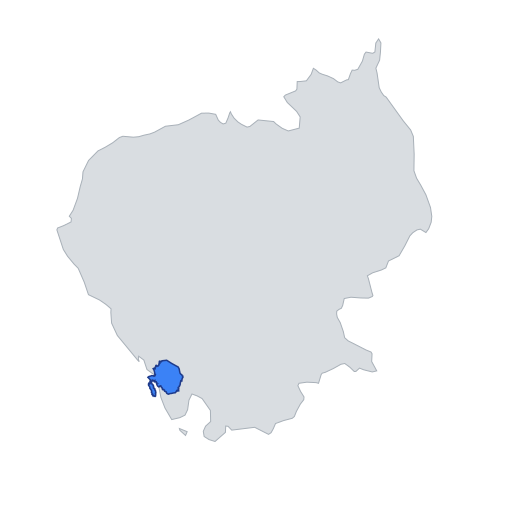 Kaoh Kong, Kaôh Kong, Cambodia (highlighted), rotated 344°
{"feature_id": "14789045B37744308574617", "entity_name": "Kaoh Kong", "entity_type": "district", "adm_level": 2, "iso_a3": "KHM", "parent_name": "Cambodia", "parent_adm1": "Kaôh Kong", "projection": "natural_earth1", "projection_center": [103.11, 11.431], "detail": "fine", "context": "in_parent", "style": "filled", "palette": "blue", "viewbox_px": 512, "rotation_deg": 344, "n_neighbors": 0, "source": "geoboundaries", "source_scale": "gbopen_adm2", "svg_char_len": 7729}
<svg xmlns="http://www.w3.org/2000/svg" viewBox="0 0 512 512"><g transform="rotate(344 256 256)"><path d="M433.7,81.1L434.8,85.6L431.9,94.1L428.8,101.8L423.0,108.5L422.8,113.5L420.8,128.2L421.6,132.9L423.0,137.0L424.9,139.1L430.1,153.6L434.8,166.7L439.4,177.5L440.2,184.4L436.1,201.7L431.3,217.6L431.8,225.5L433.9,233.4L436.2,244.0L437.1,257.5L435.9,266.4L433.7,271.8L429.5,277.4L425.8,280.3L421.4,275.5L417.9,275.3L413.2,276.8L409.5,279.0L401.9,287.2L393.6,295.2L382.0,297.3L377.5,303.2L372.7,304.0L363.5,304.3L357.6,305.7L357.8,308.7L357.4,322.8L357.5,326.2L356.6,327.0L352.5,327.5L345.4,325.3L335.9,321.8L329.1,321.2L325.7,327.4L323.6,329.8L321.0,330.2L318.4,331.3L317.5,334.0L317.2,337.4L318.6,343.3L319.1,352.7L318.7,359.0L321.2,363.0L335.8,376.6L340.1,380.0L340.6,382.0L338.1,389.3L340.4,399.7L335.8,399.5L328.2,395.1L324.6,392.3L320.2,394.5L318.6,394.1L315.7,389.0L311.7,383.8L307.7,383.5L299.3,385.5L290.6,386.9L287.3,386.9L286.0,387.9L281.0,395.6L278.9,394.3L270.1,391.3L262.2,390.2L260.5,392.2L261.5,398.5L263.3,404.7L262.3,407.3L257.9,410.5L252.1,416.4L248.6,420.9L246.1,422.0L237.3,421.8L228.6,422.4L225.1,426.7L221.8,430.0L218.9,430.9L207.5,420.3L184.7,416.7L182.2,412.0L180.0,411.1L178.0,417.1L165.5,423.0L160.2,419.5L156.4,415.2L157.0,410.0L160.6,405.7L166.8,402.6L169.6,391.9L164.9,378.2L160.8,374.2L156.4,371.0L151.8,376.1L147.9,384.9L143.9,389.4L138.2,390.4L129.9,390.0L126.6,377.0L125.6,365.8L126.7,353.0L128.0,345.5L119.9,335.0L119.5,325.1L115.6,320.0L114.5,322.6L114.6,325.4L113.5,323.4L100.8,294.2L98.7,280.7L100.9,270.3L102.1,266.8L98.5,261.3L93.4,255.1L84.3,247.0L83.7,234.0L81.7,218.8L78.9,213.7L74.8,204.3L72.6,196.6L71.8,176.0L73.0,174.4L79.4,173.8L87.6,172.3L88.9,169.0L87.5,166.3L92.8,161.6L100.3,151.4L106.2,140.8L110.4,134.1L112.9,127.4L121.4,118.0L133.1,111.4L141.0,109.9L149.3,107.7L157.3,104.5L161.0,104.2L170.9,108.0L176.2,109.0L181.8,109.0L187.6,109.4L192.6,109.0L204.7,106.3L217.5,108.4L228.9,106.8L243.0,103.7L250.0,105.6L256.3,108.7L257.2,115.0L258.7,117.8L260.8,120.0L263.6,120.0L267.2,115.6L270.2,111.2L271.2,110.3L271.4,112.5L272.9,117.4L275.6,122.2L278.3,125.4L282.9,129.6L285.8,129.8L295.5,125.8L310.0,131.6L311.7,134.6L316.4,140.5L321.5,144.7L332.8,145.0L336.8,134.5L334.9,128.2L328.4,117.1L326.6,110.6L328.6,109.4L339.6,108.2L341.3,106.9L343.7,99.7L346.7,100.5L352.7,101.5L359.1,96.6L362.9,91.4L365.0,93.8L367.2,97.4L369.7,99.5L374.4,102.6L379.4,106.9L382.6,111.2L385.1,112.9L391.6,111.7L393.4,111.9L397.1,106.7L399.7,103.8L402.0,104.7L405.3,104.6L412.0,98.0L415.8,91.9L418.0,90.3L424.0,93.3L426.5,92.7L429.9,84.3L433.7,81.1ZM122.3,359.8L121.1,360.6L119.9,360.5L118.7,359.3L118.8,354.6L119.7,351.8L121.8,351.2L122.3,359.8ZM141.4,405.9L138.8,409.1L134.8,402.6L134.8,400.7L141.4,405.9Z" fill="#d9dde1" stroke="#a8b0b8" stroke-width="1"/><path d="M148.3,357.2L148.4,356.9L148.5,356.8L148.5,356.6L148.8,356.2L149.0,356.0L149.0,355.9L149.1,355.7L149.4,355.5L149.5,355.5L149.5,355.4L149.9,355.6L149.9,355.4L150.0,355.4L150.1,355.2L149.9,355.0L150.1,354.8L150.0,354.7L150.3,354.8L150.2,354.9L150.4,355.0L150.4,354.8L150.5,354.7L150.9,354.1L151.3,353.5L151.3,353.3L151.4,353.2L152.2,352.7L152.1,352.3L152.3,352.0L152.4,351.9L152.6,351.3L152.0,350.8L152.0,350.0L151.9,349.6L151.3,349.0L151.0,348.6L150.7,347.6L150.7,347.0L150.8,346.1L150.8,345.5L150.9,344.8L151.0,343.7L151.0,343.1L150.6,341.4L150.3,340.8L149.7,340.4L145.2,335.9L141.4,331.6L136.7,330.8L136.6,331.1L136.1,331.4L135.8,331.4L135.6,331.6L135.2,331.5L135.1,331.4L135.1,331.1L135.0,330.8L134.4,330.5L134.1,330.6L133.9,330.9L133.8,331.3L133.6,331.7L134.1,332.4L134.0,332.8L133.8,332.9L133.5,333.0L133.1,332.8L132.8,333.1L132.8,333.4L132.8,333.7L132.6,334.1L132.0,334.3L131.8,334.5L131.6,334.8L131.3,334.8L130.9,334.5L130.4,334.8L130.2,334.8L130.1,334.6L130.2,333.7L129.7,333.6L129.4,333.9L129.0,334.8L128.2,335.2L128.2,335.4L128.2,335.8L128.0,336.6L127.4,336.4L126.7,335.8L126.1,335.9L126.5,337.5L126.5,338.0L126.5,340.0L126.3,340.5L126.3,340.9L126.3,341.1L126.2,341.5L126.4,341.8L126.7,342.1L126.6,342.3L126.3,342.5L126.0,342.9L125.9,342.9L126.0,343.0L125.9,343.1L125.8,342.9L125.7,343.2L125.6,343.3L125.4,343.4L125.2,343.4L124.8,343.4L124.7,343.0L124.2,342.9L123.8,342.6L123.2,342.5L122.7,342.2L122.1,342.3L121.7,342.4L120.9,342.4L120.6,342.3L120.0,342.3L118.8,342.7L118.6,342.9L119.1,343.5L119.2,343.9L119.5,344.4L119.9,345.3L120.2,345.7L120.1,345.8L120.2,346.7L120.2,347.2L120.1,347.6L119.9,347.6L120.1,347.9L120.1,348.5L120.3,348.6L120.5,348.7L120.4,348.6L120.6,348.5L120.7,348.2L120.8,348.4L121.0,348.2L121.3,347.9L121.4,347.7L121.5,347.8L121.7,347.6L122.1,346.8L122.5,347.3L122.8,347.1L123.0,347.3L123.1,347.6L123.3,347.6L123.8,347.8L123.7,348.1L123.6,348.4L123.4,348.4L123.5,348.7L123.6,348.8L123.8,348.4L124.0,347.9L124.3,347.8L124.1,348.3L124.2,348.9L124.3,349.1L124.5,349.1L124.4,348.8L124.5,348.6L124.8,348.8L125.1,349.6L125.3,349.6L125.2,349.8L125.2,350.0L125.3,350.1L125.5,350.4L125.3,350.3L125.2,350.8L125.3,351.9L125.3,352.2L125.4,352.4L125.3,352.5L125.5,353.4L125.5,353.6L125.9,354.4L126.4,354.7L126.4,354.9L126.6,355.1L126.8,355.1L127.0,355.0L127.5,354.6L128.1,354.6L128.2,354.4L128.4,354.4L128.6,354.5L128.8,354.7L128.7,355.0L128.6,355.3L128.7,355.5L128.8,355.6L128.9,355.9L129.0,356.0L129.0,356.3L129.2,356.5L129.3,356.6L129.4,356.9L129.3,357.0L129.4,357.3L129.3,358.3L129.4,358.6L129.5,358.8L129.9,358.9L130.3,358.7L130.5,358.8L130.6,359.3L130.9,359.6L130.7,359.8L130.9,360.8L131.2,361.0L131.4,361.2L131.7,361.2L132.0,361.5L131.9,361.6L132.3,362.2L132.2,362.6L132.3,362.8L132.3,363.3L132.6,363.5L132.7,363.8L132.8,364.0L133.0,364.0L133.3,364.2L133.3,364.3L133.5,364.4L133.8,364.7L134.1,364.8L134.5,364.6L134.9,364.5L135.6,364.6L136.4,364.7L136.6,364.8L138.7,364.9L139.6,365.0L140.7,365.2L140.9,365.0L141.5,364.6L142.6,364.3L142.5,364.0L142.4,363.8L142.5,363.7L142.8,363.4L143.1,363.3L143.5,363.4L143.8,363.8L144.3,364.3L144.5,364.4L144.6,364.2L144.6,363.8L144.3,363.4L144.2,363.1L144.5,362.9L145.2,362.5L144.8,361.7L144.7,361.4L144.8,361.2L145.3,360.7L146.1,360.6L146.3,360.5L146.5,360.2L146.6,359.6L146.9,359.5L147.1,359.3L147.5,359.0L147.6,358.9L147.6,358.5L148.0,357.8L148.0,357.6L148.3,357.2ZM118.0,349.0L117.9,348.8L118.0,348.6L117.9,348.6L117.7,348.8L117.5,349.3L117.3,349.7L117.2,349.9L117.2,350.2L117.2,350.3L117.2,350.7L117.1,350.9L117.2,351.0L117.3,351.2L117.8,352.7L117.7,353.0L117.7,353.5L117.5,353.8L117.5,354.0L117.6,354.3L117.8,354.5L118.4,356.6L118.4,356.8L118.5,356.9L118.5,357.1L118.4,357.2L118.3,357.5L118.1,357.6L117.9,358.1L117.9,358.4L118.1,358.5L118.2,358.9L118.2,359.0L118.1,359.4L118.2,359.7L118.1,359.9L118.1,360.0L118.2,360.3L117.9,360.4L117.8,360.5L118.2,361.0L118.4,361.0L118.4,360.9L118.6,360.8L118.6,361.0L118.4,361.1L118.7,361.8L118.4,362.0L118.5,362.3L118.8,362.1L119.0,362.1L119.2,362.5L119.1,362.8L119.2,362.7L119.6,362.5L119.8,362.7L119.9,363.0L120.4,363.2L120.5,363.1L120.8,363.0L121.0,362.7L121.1,362.2L121.1,361.8L121.4,361.5L121.5,361.1L121.6,360.9L121.4,360.6L121.5,360.5L121.7,360.1L121.8,360.0L121.9,359.8L122.0,359.5L122.0,359.2L122.1,358.5L122.2,358.3L122.3,358.1L122.2,357.7L122.0,357.2L121.8,356.9L121.9,356.5L122.1,356.2L122.1,355.7L121.8,355.4L121.6,355.4L121.5,355.1L121.4,355.1L121.1,354.7L121.2,354.3L121.3,353.6L121.4,353.0L121.5,353.0L121.6,352.5L121.6,352.3L121.5,352.1L121.4,351.7L121.2,351.3L121.2,351.2L120.8,350.5L120.8,350.4L120.7,350.3L120.8,350.1L120.8,349.9L120.7,349.7L120.6,349.3L120.4,349.1L120.2,348.9L119.8,348.9L119.7,349.0L119.5,348.9L119.3,349.0L119.2,349.1L119.0,349.3L118.9,349.5L118.6,349.7L118.4,349.7L118.3,349.8L118.2,349.8L118.1,349.6L118.1,349.4L118.3,349.0L118.2,348.9L118.0,349.0ZM119.9,347.6L119.7,347.5L119.6,347.4L119.5,347.6L119.6,347.8L119.8,347.6L119.9,347.6Z" fill="#3b82f6" stroke="#1e3a8a" stroke-width="1.5"/></g></svg>